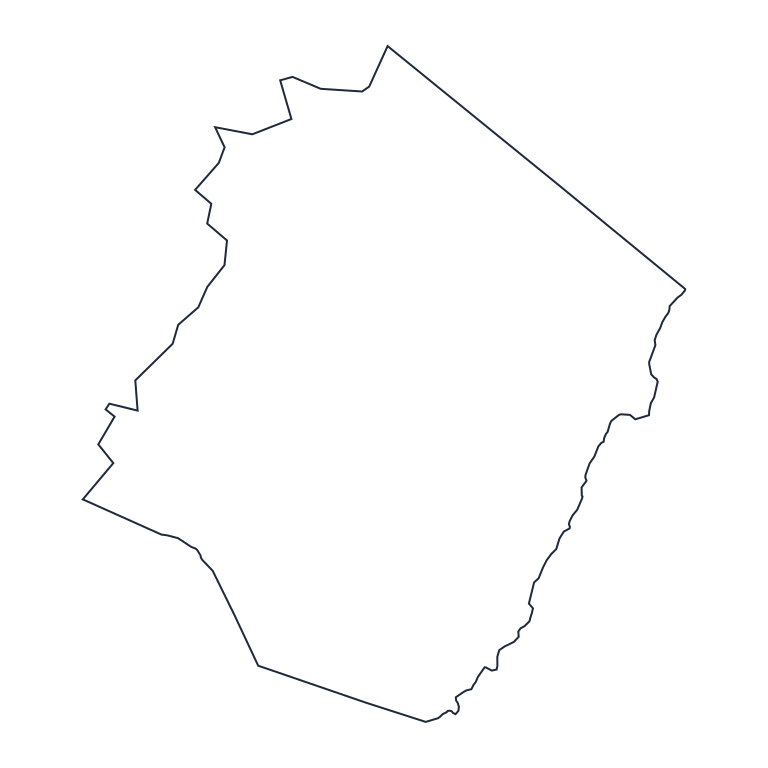 Pendleton, West Virginia, United States of America (Robinson projection)
{"feature_id": "52423323B58976878899916", "entity_name": "Pendleton", "entity_type": "district", "adm_level": 2, "iso_a3": "USA", "parent_name": "United States of America", "parent_adm1": "West Virginia", "projection": "robinson", "projection_center": [-79.275, 38.685], "detail": "fine", "context": "isolated", "style": "outline", "palette": "slate", "viewbox_px": 768, "rotation_deg": 0, "n_neighbors": 0, "source": "geoboundaries", "source_scale": "gbopen_adm2", "svg_char_len": 2002}
<svg xmlns="http://www.w3.org/2000/svg" viewBox="0 0 768 768"><path d="M82.8,499.4L161.5,534.6L167.1,535.3L178.1,538.2L191.2,546.9L195.6,548.6L196.3,549.2L197.0,549.7L200.6,555.5L200.8,557.4L202.1,559.7L212.7,570.8L234.7,615.6L258.2,665.7L366.6,702.9L425.7,721.9L438.1,718.2L440.5,716.3L442.6,714.2L446.5,712.3L447.8,710.9L450.0,710.7L451.6,711.2L452.9,712.8L455.5,714.2L458.4,710.9L458.9,706.7L458.3,705.1L458.0,703.4L456.1,700.5L455.9,698.2L455.8,697.4L456.3,696.9L464.1,691.6L466.7,690.3L471.4,689.2L473.5,684.9L475.5,682.4L476.0,681.4L477.8,677.1L484.6,667.3L486.0,667.5L491.8,670.6L496.6,669.5L497.4,666.0L497.3,656.9L499.3,650.1L505.0,646.2L507.9,644.9L513.9,641.9L515.3,640.4L518.7,636.8L518.3,631.5L520.6,628.3L524.6,626.1L529.3,621.5L529.9,619.9L530.2,618.2L532.0,612.6L532.0,612.2L533.0,608.4L528.9,603.6L534.1,582.4L538.6,578.3L543.1,567.3L546.7,560.2L551.3,554.0L556.3,549.0L559.5,538.5L563.8,531.6L565.6,530.6L566.0,530.4L569.6,528.4L569.9,527.0L568.9,524.1L569.7,521.0L572.6,515.4L573.3,514.5L577.2,509.8L582.1,498.4L582.5,496.4L581.8,495.7L581.6,487.4L586.5,480.8L585.3,477.5L585.5,475.0L589.6,463.4L594.0,457.1L594.2,456.9L598.4,446.3L601.4,442.8L603.6,441.8L604.1,438.5L604.8,436.4L605.6,434.8L605.7,434.3L607.6,431.9L610.2,423.0L611.5,420.8L619.1,414.8L621.2,414.3L630.0,414.9L635.3,419.3L649.0,415.2L649.2,411.1L650.9,403.0L654.1,397.5L657.7,381.7L656.5,378.9L653.9,377.3L651.2,374.3L649.6,366.0L649.3,364.9L649.1,362.2L655.4,345.2L654.7,340.1L656.5,334.6L660.1,328.2L662.4,322.0L665.6,316.5L668.3,312.9L669.4,309.8L669.6,306.2L677.5,297.6L681.4,294.8L684.9,290.5L685.2,289.0L606.8,224.7L562.5,188.2L387.6,46.1L369.2,86.6L362.1,91.5L320.7,88.8L292.5,76.9L280.2,80.3L291.4,119.0L252.3,134.3L215.1,127.2L224.6,147.3L218.8,162.9L195.1,189.9L211.3,203.8L207.2,223.6L227.0,240.5L224.5,265.1L207.3,286.9L198.3,307.3L178.2,324.8L172.7,343.7L135.3,380.4L137.6,410.6L109.4,403.7L105.6,409.4L114.6,416.6L98.3,444.4L113.3,463.1L82.8,499.4Z" fill="none" stroke="#1e293b" stroke-width="2"/></svg>